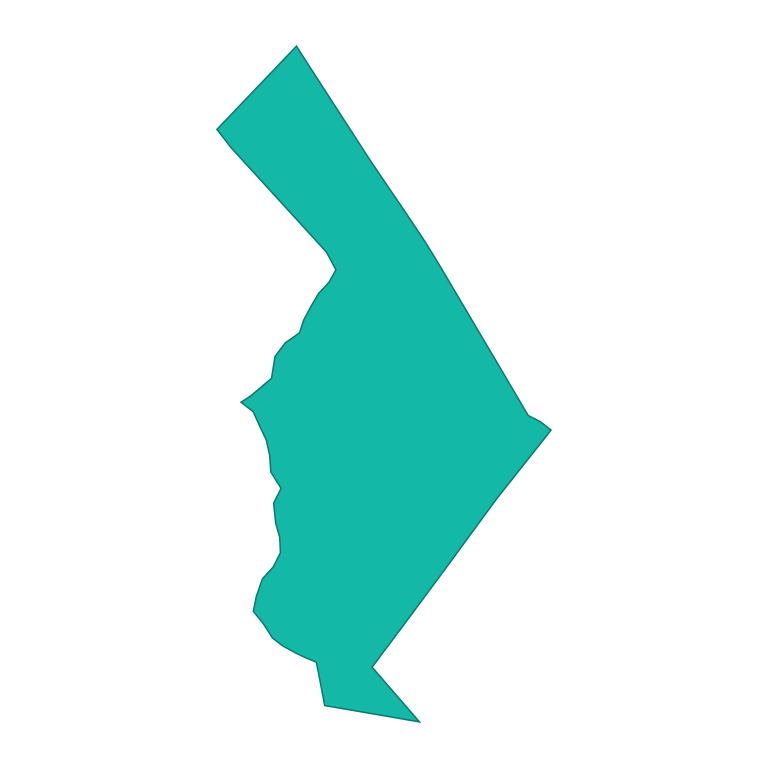 Lagoa da Canoa, Alagoas, Brazil
{"feature_id": "56859067B28703074809600", "entity_name": "Lagoa da Canoa", "entity_type": "district", "adm_level": 2, "iso_a3": "BRA", "parent_name": "Brazil", "parent_adm1": "Alagoas", "projection": "mercator", "projection_center": [-36.746, -9.794], "detail": "fine", "context": "isolated", "style": "filled", "palette": "teal", "viewbox_px": 768, "rotation_deg": 0, "n_neighbors": 0, "source": "geoboundaries", "source_scale": "gbopen_adm2", "svg_char_len": 777}
<svg xmlns="http://www.w3.org/2000/svg" viewBox="0 0 768 768"><path d="M296.5,46.1L216.9,129.4L231.4,148.1L326.4,252.1L335.9,269.8L328.9,282.4L318.7,293.3L311.0,306.3L303.7,320.0L299.5,332.8L285.3,342.8L275.0,356.5L271.5,378.3L259.9,388.2L250.5,396.0L241.0,402.2L253.3,411.9L260.1,427.1L266.2,439.8L269.7,455.5L270.8,472.0L281.1,488.4L273.6,503.1L275.7,523.2L279.7,537.2L280.4,552.8L273.2,567.0L262.4,578.9L256.4,596.1L253.3,611.3L263.6,624.1L272.5,638.1L282.7,645.9L296.0,653.2L306.1,658.0L316.3,662.2L319.8,679.8L324.7,705.6L419.5,721.9L372.1,667.2L410.4,616.0L449.8,562.8L485.0,514.7L496.7,498.8L551.1,430.1L540.3,421.6L528.2,415.5L504.4,375.0L440.7,267.2L425.8,242.8L408.5,216.8L370.9,161.4L302.6,55.8L296.5,46.1Z" fill="#14b8a6" stroke="#0f766e" stroke-width="1.5"/></svg>